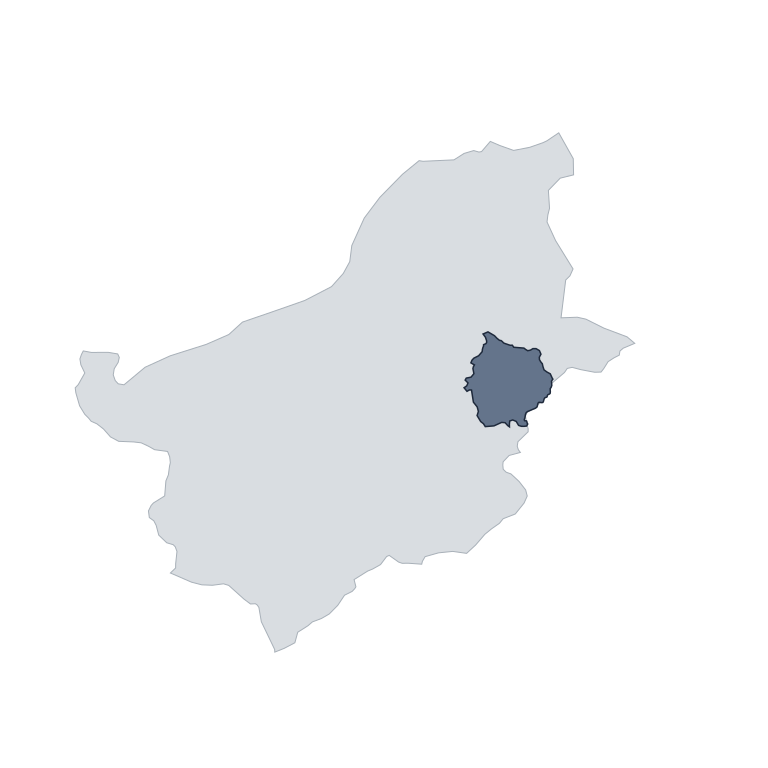 Yambol on a map of Bulgaria (orthographic projection), rotated 328°
{"feature_id": "BGR-2255", "entity_name": "Yambol", "entity_type": "Province", "adm_level": 1, "iso_a3": "BGR", "parent_name": "Bulgaria", "parent_adm1": "", "projection": "orthographic", "projection_center": [26.657, 42.284], "detail": "fine", "context": "in_parent", "style": "filled", "palette": "slate", "viewbox_px": 768, "rotation_deg": 328, "n_neighbors": 0, "source": "natural_earth", "source_scale": "10m", "svg_char_len": 3809}
<svg xmlns="http://www.w3.org/2000/svg" viewBox="0 0 768 768"><g transform="rotate(328 384 384)"><path d="M618.2,482.4L605.8,480.4L601.5,481.1L598.8,484.2L593.0,483.7L585.9,483.8L578.5,487.4L574.4,488.9L568.9,485.7L558.6,476.2L552.4,469.6L547.7,467.9L543.1,469.9L526.5,472.3L522.6,476.2L515.0,480.5L507.3,482.6L496.2,484.1L490.4,483.9L487.1,486.0L484.4,492.2L482.5,498.4L480.9,500.9L467.0,503.9L464.0,507.4L463.1,510.9L463.4,514.3L452.3,510.9L443.8,513.1L441.8,515.7L439.9,519.5L440.9,523.6L444.0,527.5L446.9,538.2L448.0,548.9L446.1,554.9L439.7,559.2L426.5,563.8L413.7,561.4L408.1,563.3L398.6,563.8L389.9,564.9L376.4,569.1L364.3,571.4L353.6,562.4L340.8,556.1L327.4,552.2L322.6,554.7L320.5,556.8L309.4,548.7L304.4,545.7L302.0,542.7L297.6,532.1L294.8,531.7L285.4,535.3L276.4,534.9L271.0,534.0L255.0,534.0L252.7,541.1L250.6,542.1L247.1,543.0L238.6,542.2L227.5,547.2L215.7,550.0L206.6,549.7L197.2,547.8L191.5,548.7L179.3,548.8L171.3,556.2L159.3,555.3L149.3,553.5L150.6,551.2L154.0,520.6L159.5,507.2L159.4,504.3L158.5,502.2L154.2,499.8L151.3,492.3L145.6,472.5L142.0,468.4L131.9,463.8L123.1,457.8L115.7,450.0L102.7,431.1L109.8,429.6L112.1,426.0L119.7,416.3L120.7,411.4L120.1,408.6L115.6,403.5L112.9,392.8L115.9,383.1L116.3,378.0L114.2,372.9L117.0,366.8L122.2,363.6L125.4,362.7L138.7,362.7L147.7,350.6L153.0,346.8L158.6,340.0L161.1,337.5L163.7,332.1L164.7,326.5L154.6,318.1L151.3,312.0L146.9,305.2L140.9,300.4L128.6,292.0L124.0,283.9L122.3,273.6L119.4,265.6L115.9,260.4L115.4,256.3L114.2,251.1L114.3,241.2L118.0,228.2L120.1,223.6L124.4,222.5L136.1,216.1L137.1,207.1L139.4,201.6L143.1,198.6L146.5,196.6L152.5,202.1L167.0,211.1L174.1,217.4L173.6,221.2L170.0,224.8L163.3,228.1L159.2,232.8L157.9,238.7L158.7,243.0L163.1,246.9L190.3,243.2L217.6,246.8L254.2,256.2L278.6,259.8L296.8,256.5L330.1,264.2L361.2,271.2L391.1,273.6L408.0,268.7L419.8,262.1L430.1,249.5L455.2,232.8L479.4,223.5L511.0,215.9L532.1,213.2L535.1,215.8L562.1,231.0L574.1,230.9L583.8,233.6L587.4,237.6L589.9,238.6L602.7,234.6L608.5,243.0L617.7,254.6L633.0,260.5L646.7,263.6L651.0,264.1L665.3,263.6L663.9,293.2L655.6,307.1L642.5,302.8L626.0,306.9L617.5,322.7L612.6,327.4L608.1,333.0L605.5,353.3L605.3,386.6L599.0,390.8L593.2,392.1L569.2,421.7L583.3,429.8L589.6,436.0L600.2,453.3L615.1,472.8L618.2,482.4Z" fill="#d9dde1" stroke="#a8b0b8" stroke-width="1"/><path d="M529.8,469.3L529.7,469.3L527.5,470.4L525.5,474.2L523.8,475.5L522.5,476.0L521.7,477.3L520.9,478.8L519.9,480.0L519.1,480.2L517.4,479.9L516.5,480.3L515.5,481.3L514.7,481.3L513.8,481.0L512.8,481.0L511.8,481.6L510.7,482.6L509.8,483.4L509.0,483.8L508.0,483.5L506.3,482.0L505.5,481.6L504.4,481.9L502.4,483.9L501.5,484.6L499.7,484.8L491.1,483.4L489.5,483.6L488.0,484.6L485.4,487.5L484.7,488.0L484.1,488.5L483.8,489.3L483.9,489.8L485.0,490.5L485.3,490.9L485.2,491.6L484.8,492.7L484.7,493.4L484.7,494.1L482.6,495.2L480.3,494.1L478.0,492.6L476.2,490.4L476.3,485.8L474.1,482.7L471.0,482.0L469.0,484.6L467.7,486.8L466.9,484.9L466.2,481.0L463.4,478.9L455.1,477.8L447.3,473.8L447.3,470.4L446.1,467.1L446.2,460.1L449.5,457.3L450.9,452.8L450.2,446.8L455.0,435.5L453.3,434.3L450.5,434.2L449.9,429.6L453.2,429.4L455.8,427.6L454.9,423.7L456.9,422.6L461.4,424.3L465.7,422.9L467.6,418.0L469.1,416.6L470.8,415.7L469.9,414.1L468.9,412.1L471.3,410.4L473.9,409.7L479.2,410.2L484.4,408.6L485.8,406.8L487.2,405.5L488.5,404.6L489.3,403.4L491.8,403.8L493.0,403.2L493.9,401.8L494.8,398.1L494.5,394.1L499.8,394.9L503.3,401.6L504.0,405.0L505.1,408.2L506.3,409.2L506.9,410.9L507.1,412.4L507.9,413.6L511.5,418.0L513.4,419.1L513.5,421.6L521.7,427.7L522.5,429.9L523.5,431.9L526.1,432.9L529.0,432.9L531.7,434.6L533.5,438.0L532.9,441.9L529.9,443.6L528.7,445.8L528.7,448.6L529.0,450.7L528.1,453.2L527.2,456.8L528.5,460.1L530.4,463.5L529.8,468.0L529.8,469.3L529.8,469.3Z" fill="#64748b" stroke="#1e293b" stroke-width="1.5"/></g></svg>